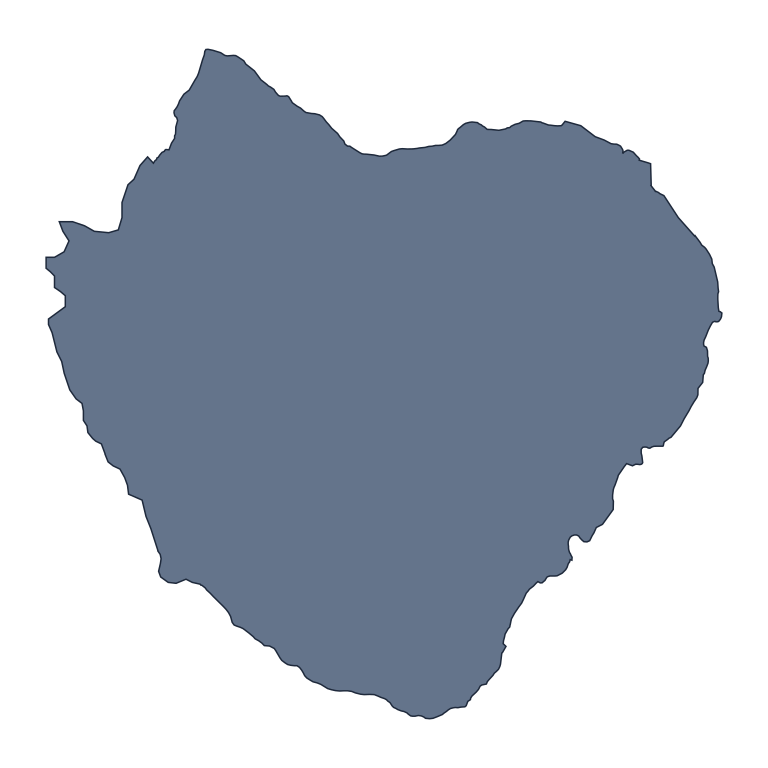 Konawe Kepulauan, Sulawesi Tenggara, Indonesia (Robinson projection)
{"feature_id": "22746128B22870517920414", "entity_name": "Konawe Kepulauan", "entity_type": "district", "adm_level": 2, "iso_a3": "IDN", "parent_name": "Indonesia", "parent_adm1": "Sulawesi Tenggara", "projection": "robinson", "projection_center": [123.119, -4.119], "detail": "fine", "context": "isolated", "style": "filled", "palette": "slate", "viewbox_px": 768, "rotation_deg": 0, "n_neighbors": 0, "source": "geoboundaries", "source_scale": "gbopen_adm2", "svg_char_len": 6056}
<svg xmlns="http://www.w3.org/2000/svg" viewBox="0 0 768 768"><path d="M224.8,55.4L220.7,52.7L212.9,50.3L208.0,49.3L205.9,49.5L204.8,51.3L204.3,54.9L202.6,59.6L198.6,73.1L197.2,76.5L194.9,80.2L189.2,90.1L183.9,94.2L179.6,100.8L178.5,103.9L177.2,106.6L175.5,109.1L174.2,110.7L174.0,112.8L174.8,115.8L176.7,117.6L177.6,120.5L175.8,127.1L175.7,131.1L175.5,134.2L174.6,135.8L174.6,138.4L171.5,143.2L169.0,149.8L165.9,149.5L164.7,150.4L164.4,151.3L162.0,152.4L159.6,155.2L158.3,157.3L157.0,157.9L156.5,159.5L154.8,160.9L153.4,163.2L147.6,156.9L140.0,165.5L134.0,179.2L128.0,184.7L122.0,202.5L122.0,217.6L118.3,229.9L108.7,232.7L94.3,231.3L84.6,225.8L72.6,221.7L59.3,221.7L62.9,231.3L69.0,240.9L64.1,251.8L54.5,257.3L46.1,257.3L46.1,268.3L50.3,271.7L54.5,276.0L54.5,287.5L60.5,291.6L65.3,295.7L65.3,306.7L48.5,319.0L48.5,324.5L52.1,332.7L56.9,351.9L61.7,361.5L64.2,373.3L69.8,389.9L76.1,398.9L82.0,403.4L83.4,410.8L83.4,420.4L87.0,425.9L87.9,432.6L92.7,438.5L95.8,441.2L101.4,443.9L105.1,453.9L105.0,454.1L108.1,461.9L113.2,465.9L120.0,469.1L124.7,477.6L127.5,485.3L128.6,494.2L142.1,500.1L146.0,516.4L150.9,528.7L157.9,550.5L157.8,550.9L160.2,554.4L161.1,558.7L160.4,563.5L158.6,571.3L160.7,577.0L168.2,582.4L176.1,583.3L186.0,579.2L192.3,582.4L200.2,584.2L200.8,585.1L201.9,585.3L205.2,587.9L206.7,590.0L210.2,593.2L213.4,596.6L223.6,606.7L226.2,609.5L228.6,612.7L230.6,616.5L232.2,622.4L234.1,625.0L236.7,626.1L240.3,627.3L243.1,628.6L248.9,633.0L253.3,636.7L255.1,638.8L258.6,640.7L261.8,643.0L264.3,645.6L269.5,646.0L274.3,648.5L275.8,650.7L280.0,657.9L281.8,660.4L284.8,662.7L287.6,664.5L290.8,665.3L294.2,665.7L297.0,665.7L299.5,667.4L301.7,670.2L303.3,672.9L304.7,675.7L306.8,678.0L310.3,680.2L313.0,681.8L317.2,682.9L320.9,684.4L327.7,688.6L331.4,689.7L335.5,690.6L339.7,691.0L343.6,690.8L347.6,690.8L351.7,691.4L355.4,692.9L360.6,694.2L364.2,694.6L369.3,694.4L374.3,694.6L378.3,696.2L380.7,697.3L384.5,698.6L386.5,699.7L387.8,701.1L390.0,702.6L392.2,706.0L393.6,707.4L396.0,708.5L397.6,709.5L401.2,710.9L404.0,711.5L407.0,712.9L408.2,714.1L410.7,715.9L412.6,716.2L415.0,716.2L418.3,715.5L421.3,715.9L423.8,717.0L425.5,718.3L429.6,718.7L433.0,718.3L437.2,716.7L442.4,714.5L444.0,713.1L446.5,711.4L448.4,709.8L450.5,708.5L453.2,707.8L455.2,707.5L457.9,707.7L460.9,707.1L464.9,706.8L466.2,705.7L467.8,701.4L469.6,700.2L470.4,699.7L470.7,698.0L472.0,696.0L476.2,692.1L477.3,690.8L478.5,689.4L480.1,686.2L481.8,685.0L486.4,684.0L487.3,681.7L488.8,679.9L493.0,675.3L494.3,673.2L496.3,671.5L498.5,669.3L499.8,666.6L500.5,664.2L501.8,653.1L502.5,652.5L506.0,646.4L503.2,643.7L503.5,640.8L504.5,637.1L505.1,634.1L508.1,628.8L509.8,626.9L510.0,625.1L510.2,624.9L510.9,621.2L511.5,618.7L514.5,613.3L518.9,606.8L521.6,603.2L523.4,599.5L526.2,593.2L528.2,590.9L529.4,589.2L533.4,586.1L536.2,583.1L537.9,581.6L540.2,582.9L542.2,582.8L543.7,581.4L544.9,580.5L546.3,578.1L547.3,576.8L549.8,576.0L554.8,576.0L557.1,575.8L562.3,573.1L565.7,569.7L567.1,567.3L568.1,564.2L568.6,563.2L569.6,561.9L570.2,559.6L571.9,560.2L572.1,557.2L571.0,555.3L570.5,554.0L569.5,552.4L568.7,549.7L568.5,548.0L568.5,546.3L568.2,544.2L568.2,542.1L568.7,540.0L570.3,537.1L572.0,535.8L574.3,535.0L576.6,535.0L578.7,536.0L580.1,538.1L582.1,540.2L583.9,541.7L587.0,541.9L589.7,540.7L592.2,535.6L593.9,532.9L596.3,527.5L602.5,524.3L613.2,509.5L613.4,501.2L612.6,498.8L612.6,495.1L613.3,489.7L613.9,487.6L615.0,485.1L617.7,477.6L618.3,475.3L624.2,466.7L626.6,463.6L632.5,465.8L635.7,464.2L637.9,464.3L639.8,464.6L641.2,464.3L642.2,463.6L642.7,462.6L641.9,456.0L641.2,453.1L641.2,449.3L642.7,447.3L644.9,447.0L646.9,447.2L648.2,448.0L649.9,448.2L651.8,447.0L653.9,446.3L656.7,446.2L662.9,446.2L663.3,445.7L663.8,443.2L664.3,441.8L667.7,439.4L669.0,438.2L671.0,437.3L680.5,425.9L684.2,418.7L689.0,410.7L691.1,406.6L694.0,401.8L696.8,397.7L697.9,394.8L698.0,388.4L702.7,382.4L703.3,374.8L704.4,373.4L705.1,370.3L706.6,366.9L708.0,363.2L708.3,360.9L708.2,358.1L707.6,356.4L707.5,350.9L706.6,347.9L706.4,347.3L704.0,346.0L703.6,344.3L703.6,342.5L704.1,340.1L705.6,337.0L708.3,330.1L710.4,325.9L712.5,322.3L714.3,321.5L715.1,321.4L715.8,321.8L717.2,321.8L718.5,321.5L719.4,320.6L720.7,318.7L721.5,316.7L721.9,313.0L720.2,311.7L718.9,311.3L718.3,307.6L717.8,299.4L717.8,296.5L717.9,293.8L718.6,291.7L718.1,288.1L717.7,281.9L714.2,267.1L712.3,263.6L711.8,259.1L709.5,254.3L706.0,248.9L704.6,247.3L701.8,245.2L700.0,242.2L695.0,235.6L694.6,236.0L678.3,217.6L663.9,195.6L659.8,193.6L658.5,192.5L656.3,191.5L655.5,191.1L655.3,191.3L654.9,190.6L650.9,185.5L651.2,185.2L650.6,163.7L648.0,162.8L639.2,160.2L639.5,159.0L638.2,157.4L636.4,155.7L633.3,152.2L629.0,150.3L628.0,150.2L627.1,150.3L625.0,151.5L623.7,152.3L623.1,153.1L622.7,152.9L623.0,150.9L622.6,149.5L620.6,146.2L619.5,145.5L616.8,144.2L613.9,144.1L611.1,143.7L604.1,140.0L595.2,136.7L580.8,125.7L565.1,121.3L562.1,125.0L561.2,125.7L557.6,125.9L554.6,125.7L550.7,125.2L548.4,125.0L543.0,123.0L542.2,122.9L540.8,122.0L531.0,120.9L525.7,120.8L523.1,121.0L519.1,123.3L515.1,124.3L511.2,126.2L509.7,127.6L507.2,127.9L505.7,128.9L498.9,130.3L491.3,129.5L487.2,129.4L484.5,127.0L482.4,125.9L481.4,124.9L479.1,123.9L477.5,122.6L472.1,122.0L469.6,122.3L465.7,123.3L463.4,124.6L459.9,127.6L458.5,128.6L457.6,129.6L457.1,131.0L455.5,134.4L450.2,140.1L445.8,143.5L442.2,145.1L438.7,145.4L435.6,145.4L432.1,146.2L428.8,146.4L425.1,147.4L419.2,148.0L417.3,148.4L413.0,148.9L407.5,149.0L402.2,148.7L399.3,149.0L393.9,150.6L391.4,151.5L386.5,155.2L382.5,156.1L379.5,156.2L374.1,155.0L366.7,154.2L363.9,154.1L362.0,153.8L359.7,152.6L351.5,147.4L349.9,146.2L347.5,146.1L344.9,144.0L343.8,141.0L339.8,136.8L337.6,133.5L331.7,128.3L328.8,124.6L326.3,121.9L323.7,118.4L322.2,116.6L319.5,114.9L314.7,113.7L311.5,113.5L305.9,112.5L303.8,111.0L300.6,108.1L297.3,106.3L292.3,102.7L291.4,101.0L288.6,96.6L287.0,95.8L285.1,96.1L280.4,96.2L279.1,95.8L278.2,95.2L275.5,92.1L273.9,89.4L270.6,87.1L268.3,85.9L267.0,84.6L260.9,79.8L254.4,70.9L245.8,64.1L243.8,60.8L237.8,56.8L235.7,55.6L233.5,55.4L227.2,55.9L224.8,55.4Z" fill="#64748b" stroke="#1e293b" stroke-width="1.5"/></svg>